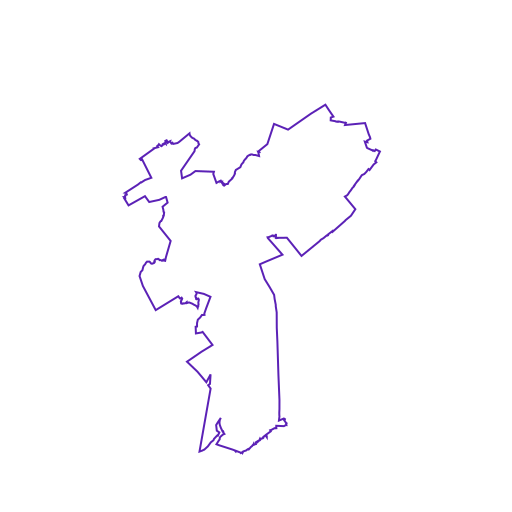 Asientos, Aguascalientes, Mexico, rotated 50°
{"feature_id": "50627088B20342766547871", "entity_name": "Asientos", "entity_type": "district", "adm_level": 2, "iso_a3": "MEX", "parent_name": "Mexico", "parent_adm1": "Aguascalientes", "projection": "natural_earth1", "projection_center": [-102.056, 22.132], "detail": "fine", "context": "isolated", "style": "outline", "palette": "violet", "viewbox_px": 512, "rotation_deg": 50, "n_neighbors": 0, "source": "geoboundaries", "source_scale": "gbopen_adm2", "svg_char_len": 6020}
<svg xmlns="http://www.w3.org/2000/svg" viewBox="0 0 512 512"><g transform="rotate(50 256 256)"><path d="M171.0,311.3L189.6,311.7L198.9,325.6L201.3,328.7L200.9,329.0L200.3,328.5L199.6,328.7L199.4,329.1L199.4,329.7L199.6,330.1L199.1,330.4L199.2,331.1L198.0,331.6L197.2,332.2L197.1,332.5L196.6,332.4L195.2,332.8L194.8,333.9L194.2,334.5L193.9,335.0L194.0,335.8L194.3,336.7L194.9,337.5L195.4,337.3L195.7,337.8L195.8,338.7L195.4,339.6L195.4,340.1L195.0,340.4L194.7,341.0L194.2,341.2L193.0,341.2L192.5,341.1L191.7,341.3L190.6,342.8L190.3,343.0L190.4,344.5L191.1,346.3L191.3,348.3L192.0,349.6L193.9,352.2L194.1,354.6L196.5,358.1L206.2,361.9L233.0,367.6L236.9,341.4L239.5,341.6L240.0,341.0L240.1,339.8L241.2,339.9L241.6,340.6L241.8,341.4L242.1,342.0L242.2,341.9L242.3,342.1L242.6,342.8L243.3,343.1L243.5,343.4L244.1,343.5L244.3,343.8L244.5,343.7L244.6,343.2L245.2,343.2L245.3,343.1L245.7,342.3L245.7,341.9L246.2,341.4L246.6,340.9L246.9,339.7L246.8,339.3L246.8,338.7L247.6,339.2L248.3,337.6L248.9,336.9L251.7,335.4L253.3,334.9L254.8,334.2L256.5,333.7L258.2,334.0L257.6,333.2L257.4,332.5L256.5,331.8L256.1,331.1L254.8,330.3L254.4,329.9L254.0,329.4L253.7,329.0L252.8,327.9L252.0,327.6L251.4,327.6L251.2,328.0L251.1,329.1L250.9,329.4L250.7,329.5L250.3,329.0L249.8,329.1L249.2,328.6L248.7,328.7L247.8,328.2L247.4,327.7L247.3,327.1L247.0,326.3L246.5,325.6L246.0,325.2L245.2,325.1L251.5,320.3L258.0,317.1L263.9,327.6L266.8,332.5L268.0,333.3L267.1,334.6L266.4,335.3L267.2,338.2L267.4,341.5L269.5,344.3L272.1,346.5L271.4,347.7L276.7,351.8L279.5,347.0L279.8,345.7L296.2,346.5L294.3,359.3L292.6,376.8L307.0,375.2L320.8,375.2L317.5,366.9L324.4,373.5L324.2,375.7L328.4,376.0L369.5,425.0L370.6,422.0L370.8,420.7L371.1,420.2L370.9,415.3L369.7,410.4L369.8,407.0L369.1,405.7L368.6,401.6L369.1,400.8L368.6,400.4L368.8,400.0L367.6,397.5L364.6,398.3L359.9,395.2L358.8,391.9L357.4,387.0L358.2,388.9L359.3,390.2L360.4,391.3L362.1,392.3L364.8,393.3L368.6,394.3L369.0,394.3L369.1,393.9L369.5,394.0L369.5,394.4L372.0,394.6L371.5,396.3L371.6,399.6L372.0,400.6L373.1,401.7L373.6,403.7L374.8,407.3L376.8,406.2L389.2,398.4L391.3,397.2L391.3,397.3L392.9,397.2L392.7,396.4L396.5,394.3L397.2,394.3L397.4,392.9L398.2,393.0L397.5,391.4L398.2,389.6L398.6,388.8L398.6,387.6L398.7,387.2L398.7,386.6L398.9,385.8L399.5,385.8L399.0,382.6L399.1,381.2L398.8,380.4L398.7,379.0L398.5,378.6L399.3,378.9L399.7,377.5L400.0,376.9L398.6,376.0L398.9,373.9L399.5,374.2L399.4,372.1L398.5,370.3L399.3,370.4L399.2,370.2L399.8,368.1L400.0,368.0L400.0,367.7L399.6,367.7L399.6,366.6L399.3,366.5L399.4,364.0L401.7,364.2L401.1,363.7L400.5,363.4L400.1,363.4L399.4,363.1L399.8,357.4L398.6,357.1L399.1,356.0L399.7,352.9L399.9,352.3L400.3,351.7L400.5,351.8L401.0,351.1L400.2,350.6L399.1,349.6L404.0,344.3L404.3,343.9L404.7,341.8L405.1,341.4L403.8,340.7L403.7,340.4L404.2,339.3L403.7,340.3L400.3,340.0L400.4,339.9L399.6,338.7L398.4,339.1L396.8,344.2L393.8,341.0L393.1,340.6L390.9,338.8L388.4,336.5L381.4,330.6L361.3,315.1L335.4,294.7L324.3,286.2L312.5,276.4L307.4,273.3L306.0,272.2L300.8,269.3L297.4,267.1L288.3,265.5L279.3,264.2L264.8,258.4L266.7,252.0L272.0,234.9L249.8,235.4L249.1,235.1L249.6,234.4L250.7,231.1L250.7,230.3L251.4,229.7L252.1,230.0L252.7,229.3L252.4,227.3L252.6,227.1L254.8,229.0L254.7,229.1L254.9,229.3L255.2,229.2L256.4,227.4L256.2,227.4L261.9,220.6L285.2,221.1L285.5,197.6L285.2,196.0L285.7,192.8L285.7,188.5L286.3,188.1L286.4,187.4L285.8,186.9L286.0,182.0L286.3,182.3L286.7,182.2L286.3,165.3L286.1,164.4L286.2,157.4L284.0,149.8L267.6,149.7L268.1,147.1L267.8,145.6L267.0,143.1L266.7,141.4L265.8,138.2L265.7,136.5L265.3,135.3L265.1,135.4L263.7,129.9L263.9,129.9L263.5,127.8L262.1,123.0L262.8,120.3L262.5,117.5L261.7,113.9L262.5,113.7L263.1,113.7L261.5,107.0L261.6,103.6L260.0,103.7L259.4,102.1L255.6,93.9L251.4,95.8L251.9,97.6L250.3,98.3L250.5,98.8L250.0,98.9L244.8,101.4L244.2,101.4L238.3,99.1L240.5,97.5L239.0,96.7L239.7,93.0L238.3,92.3L235.0,91.3L224.3,87.0L212.9,103.6L211.8,101.5L211.6,101.6L211.7,101.8L206.9,105.5L205.7,106.6L205.9,107.0L204.5,108.3L204.1,108.3L200.1,111.6L198.0,109.7L199.0,107.1L191.5,106.4L184.7,105.6L182.3,122.3L179.8,150.2L166.4,157.3L177.6,175.4L177.4,186.4L178.3,186.6L177.4,187.4L178.4,187.7L181.4,189.4L178.3,191.5L177.1,192.9L175.7,193.7L175.0,194.5L174.9,195.3L174.6,195.4L174.5,195.9L174.2,197.2L174.1,198.3L174.1,198.8L174.6,199.8L174.7,200.7L174.9,201.1L174.9,202.1L175.3,204.0L175.7,204.9L176.2,205.6L176.2,206.5L176.5,208.3L177.9,210.9L177.3,215.0L177.1,216.1L178.1,218.1L179.1,219.2L179.4,219.2L180.3,221.2L181.1,223.8L180.9,225.1L181.1,224.6L181.4,224.6L181.6,229.1L182.7,231.3L181.7,232.5L181.6,235.2L180.7,235.5L180.3,235.1L179.9,234.1L179.0,234.3L178.1,234.9L177.4,234.2L177.3,234.5L177.6,234.9L176.1,234.6L176.1,235.4L175.5,235.0L175.0,236.9L174.6,239.3L165.7,236.0L164.4,234.1L152.0,247.8L151.6,253.9L149.0,262.7L142.5,258.6L136.3,236.1L136.1,235.6L134.8,234.2L134.3,232.9L134.9,231.7L133.9,227.8L132.8,227.7L131.5,226.9L130.4,227.0L130.2,227.1L129.9,227.1L129.8,227.3L127.6,228.0L127.0,227.9L126.0,228.1L125.6,228.4L125.3,228.5L125.0,228.6L124.0,229.0L121.6,229.1L120.2,228.7L119.3,228.1L119.2,241.3L119.0,243.5L116.9,247.4L115.6,247.2L115.5,248.5L113.3,248.3L112.9,247.8L112.6,248.8L112.6,250.9L111.8,250.7L111.2,250.3L109.9,250.1L109.7,250.8L109.8,251.1L109.6,251.5L112.0,253.0L111.3,253.1L111.3,254.2L110.7,254.0L110.4,255.5L110.9,255.8L111.0,256.5L110.8,257.1L111.1,257.1L111.1,257.8L109.8,258.3L108.0,258.5L108.2,259.0L108.3,261.0L109.7,261.1L107.8,265.1L108.2,265.2L106.9,282.6L108.6,282.5L108.9,282.1L109.0,281.2L128.8,285.9L126.5,292.1L125.9,296.7L125.5,296.9L125.4,300.5L123.5,315.6L124.4,314.9L125.5,315.4L125.9,315.5L125.4,317.2L125.8,317.3L126.0,317.5L126.3,318.5L126.1,318.9L127.0,318.6L127.8,319.1L127.3,319.9L135.3,321.1L138.8,302.6L146.0,303.1L150.8,294.0L152.6,287.4L153.0,287.0L158.3,289.4L158.2,295.9L161.3,297.4L162.7,298.4L163.5,298.3L165.8,300.7L165.5,301.2L166.7,302.3L168.3,306.0L168.1,306.2L168.1,306.8L168.3,307.6L168.7,308.8L171.0,311.3Z" fill="none" stroke="#5b21b6" stroke-width="2"/></g></svg>